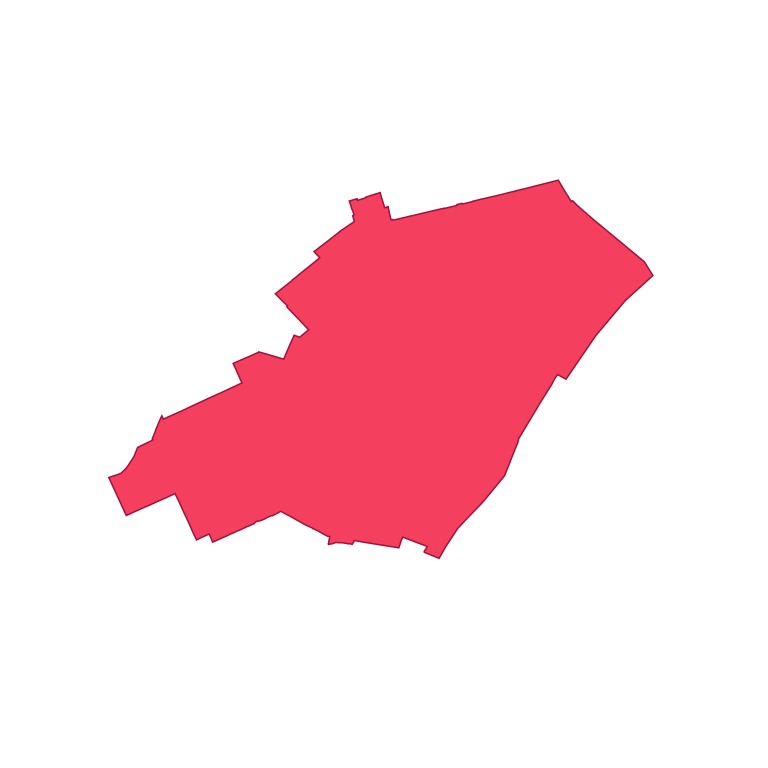 outline of Giurgiu, Giurgiu, Romania, rotated 337°
{"feature_id": "2599482B32840692607101", "entity_name": "Giurgiu", "entity_type": "district", "adm_level": 2, "iso_a3": "ROU", "parent_name": "Romania", "parent_adm1": "Giurgiu", "projection": "robinson", "projection_center": [25.939, 43.898], "detail": "fine", "context": "isolated", "style": "filled", "palette": "rose", "viewbox_px": 768, "rotation_deg": 337, "n_neighbors": 0, "source": "geoboundaries", "source_scale": "gbopen_adm2", "svg_char_len": 5075}
<svg xmlns="http://www.w3.org/2000/svg" viewBox="0 0 768 768"><g transform="rotate(337 384 384)"><path d="M366.6,566.0L377.6,557.6L378.9,556.8L395.4,545.8L406.4,540.9L424.0,533.4L426.1,532.5L429.3,531.1L459.1,515.6L479.4,495.0L480.3,494.2L481.3,493.1L483.6,491.0L486.7,486.9L522.6,460.8L537.8,450.3L542.8,446.1L547.4,443.1L553.4,450.7L597.9,422.2L638.9,401.4L673.9,389.2L671.4,373.2L644.2,320.5L641.7,315.8L631.8,295.5L631.7,295.3L630.4,291.9L629.2,288.9L627.6,289.1L626.7,282.3L626.5,281.8L625.7,276.5L624.8,270.1L624.1,264.5L617.0,263.4L608.1,262.0L586.8,258.7L580.4,257.6L580.3,257.8L578.7,257.5L575.7,256.9L569.7,256.0L564.1,255.1L559.4,254.3L547.9,252.3L545.1,251.7L542.8,251.4L537.3,250.5L537.3,250.8L536.5,250.6L536.1,250.6L526.6,249.0L526.4,248.2L521.3,247.3L521.1,247.9L520.7,248.1L508.1,246.0L508.1,245.7L505.7,245.3L505.7,245.2L485.9,241.8L479.2,240.7L475.8,240.1L472.8,239.5L470.0,239.1L466.1,238.4L462.4,237.8L460.7,237.5L458.3,237.1L457.8,237.0L457.3,236.9L457.1,236.9L456.8,236.7L456.6,236.6L456.4,236.5L456.3,236.4L456.2,236.2L455.8,235.9L455.6,235.7L454.6,235.5L455.3,231.6L455.8,228.7L456.5,225.3L456.9,223.3L457.0,223.0L457.1,222.3L456.3,222.2L455.8,222.2L455.1,222.2L454.2,222.1L453.4,222.0L454.0,217.3L454.4,213.0L454.7,210.6L454.9,209.0L455.3,206.3L453.4,206.1L448.1,205.6L446.4,205.4L445.5,205.3L443.8,205.2L440.4,204.9L440.3,205.4L433.1,204.8L431.4,204.6L431.6,202.9L426.1,202.3L423.5,202.0L423.5,203.0L423.2,206.5L422.8,209.8L422.7,210.8L423.0,211.2L423.0,211.9L422.8,213.5L422.6,215.2L422.5,215.9L422.4,216.6L420.9,216.9L420.7,218.8L420.2,222.8L418.1,223.3L412.8,224.3L407.4,225.4L403.9,226.0L402.9,226.4L397.4,227.9L390.7,229.7L385.4,231.1L379.6,232.6L374.3,234.0L371.3,234.7L372.0,236.9L373.2,240.1L374.2,242.7L368.0,244.5L361.8,246.3L356.1,247.9L350.8,249.4L349.1,249.9L344.8,251.2L342.2,251.9L340.3,252.4L340.2,252.4L339.8,252.6L339.5,252.9L319.2,258.5L324.5,271.8L325.7,274.3L324.9,274.7L324.9,275.7L335.6,304.0L335.8,304.6L324.7,308.0L320.3,304.0L316.6,307.5L312.0,311.7L301.4,321.9L285.4,308.8L281.1,305.4L280.6,305.8L280.4,305.8L277.9,305.8L275.4,305.9L269.4,306.0L261.6,306.0L256.1,306.1L253.2,306.1L253.2,306.8L253.3,309.3L253.4,311.8L253.4,316.0L253.5,320.8L253.6,325.3L253.6,327.5L252.5,327.5L248.8,327.7L246.2,327.8L241.2,327.9L237.7,328.1L233.9,328.2L227.7,328.4L227.1,328.4L226.9,328.3L225.4,328.4L218.2,328.6L215.0,328.7L209.1,328.9L204.9,329.0L198.9,329.3L197.8,329.3L196.7,329.3L196.3,329.3L185.9,329.8L184.3,329.7L181.3,329.8L176.5,329.9L174.5,329.9L173.0,329.9L171.4,330.0L168.8,330.1L167.2,330.1L167.1,326.5L165.5,327.8L163.9,329.3L163.3,329.9L162.8,330.4L162.3,330.8L161.9,331.0L159.6,333.5L158.0,335.0L156.1,336.8L155.5,337.6L154.8,338.3L153.9,339.3L152.2,341.0L150.4,342.8L149.5,343.6L149.3,343.9L149.2,344.2L149.2,344.6L149.4,345.0L146.9,345.4L144.3,345.5L132.4,346.1L125.5,353.1L114.6,360.4L107.4,363.3L104.4,363.4L94.1,362.5L95.4,404.3L97.8,404.3L99.2,404.3L101.6,404.2L104.3,404.1L107.7,404.1L111.2,404.0L114.8,403.9L116.7,403.9L120.6,403.9L124.6,403.8L129.3,403.7L134.4,403.6L136.0,403.6L140.3,403.5L142.4,403.4L145.9,403.3L148.9,403.2L149.0,406.2L149.1,408.7L149.3,412.8L149.4,416.1L149.5,420.7L149.6,424.8L149.8,428.8L149.9,432.5L150.0,436.4L150.1,440.8L150.1,442.6L150.1,445.0L150.2,447.8L150.4,451.2L150.5,454.3L153.1,454.2L155.1,454.0L157.0,453.9L160.9,453.9L164.5,453.8L164.5,456.4L164.5,459.2L164.5,460.7L164.4,462.4L164.4,462.6L166.0,462.6L168.4,462.6L171.8,462.5L174.5,462.4L177.5,462.4L180.1,462.4L182.5,462.2L183.5,462.2L184.0,462.1L184.4,462.1L184.8,462.1L185.4,462.2L186.5,462.1L187.8,462.2L189.6,462.1L191.2,462.0L193.1,462.1L194.7,462.0L196.4,462.1L197.6,462.0L199.0,461.9L200.1,462.0L200.8,461.9L201.5,461.7L202.2,461.7L203.6,461.9L205.4,461.8L207.9,461.8L209.3,461.9L210.0,461.8L210.3,461.7L210.7,461.4L211.2,461.0L211.6,460.9L212.2,460.8L213.1,460.8L214.0,460.9L215.5,461.2L216.8,461.5L217.7,461.6L218.4,461.6L220.1,461.6L221.4,461.6L222.4,461.5L223.5,461.3L224.6,461.3L225.5,461.2L226.8,461.2L228.2,461.2L228.9,461.3L229.4,461.5L229.7,461.6L230.4,461.6L231.8,461.5L233.7,461.4L235.6,461.2L236.5,461.2L236.8,461.1L239.2,460.8L241.2,463.3L242.7,465.2L243.8,466.5L245.1,468.1L246.1,469.4L247.3,470.9L248.8,472.9L250.6,475.2L252.2,477.2L252.6,477.8L253.3,478.7L253.9,479.4L254.4,480.0L255.0,480.9L255.5,481.6L256.4,482.7L257.8,484.3L258.6,485.3L259.8,486.4L261.0,487.8L261.9,488.9L262.0,489.2L262.0,489.5L262.5,489.6L262.9,490.0L264.1,491.5L265.5,493.1L267.3,495.4L269.2,498.0L271.4,500.7L272.5,502.0L273.4,502.6L274.0,502.9L274.5,503.2L273.4,504.8L270.2,509.6L270.4,510.2L271.1,510.2L272.2,510.4L274.4,510.9L276.2,511.0L277.4,511.1L278.6,511.5L280.1,512.3L283.2,513.7L285.1,514.8L289.1,517.4L290.4,517.9L292.1,519.2L294.5,517.5L295.5,516.5L302.4,521.0L327.6,536.8L333.7,540.6L336.2,537.7L338.7,534.8L340.8,533.0L341.6,532.4L348.9,539.5L358.8,549.0L360.1,550.2L359.9,550.5L359.7,550.9L359.5,551.2L358.8,551.6L358.6,551.8L358.4,552.1L357.9,552.4L356.9,552.8L356.2,553.4L355.6,553.9L355.4,554.2L355.5,554.4L355.5,554.5L355.4,554.8L366.6,566.0Z" fill="#f43f5e" stroke="#9f1239" stroke-width="1.5"/></g></svg>